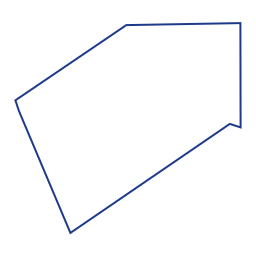 the district of Somervell, Texas, United States of America
{"feature_id": "52423323B18632711548456", "entity_name": "Somervell", "entity_type": "district", "adm_level": 2, "iso_a3": "USA", "parent_name": "United States of America", "parent_adm1": "Texas", "projection": "equal_earth", "projection_center": [-97.793, 32.203], "detail": "fine", "context": "isolated", "style": "outline", "palette": "blue", "viewbox_px": 256, "rotation_deg": 0, "n_neighbors": 0, "source": "geoboundaries", "source_scale": "gbopen_adm2", "svg_char_len": 217}
<svg xmlns="http://www.w3.org/2000/svg" viewBox="0 0 256 256"><path d="M15.4,100.3L18.9,110.9L70.4,232.9L229.8,123.9L240.6,127.4L240.4,23.1L126.3,25.1L15.4,100.3Z" fill="none" stroke="#1e3a8a" stroke-width="2"/></svg>